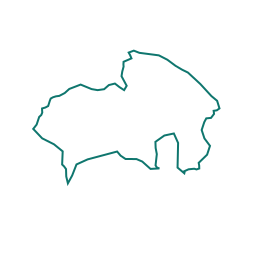 outline of Nuvara Ĕliya, rotated 215°
{"feature_id": "LKA-2450", "entity_name": "Nuvara Ĕliya", "entity_type": "District", "adm_level": 1, "iso_a3": "LKA", "parent_name": "Sri Lanka", "parent_adm1": "", "projection": "orthographic", "projection_center": [80.707, 7.013], "detail": "fine", "context": "isolated", "style": "outline", "palette": "teal", "viewbox_px": 256, "rotation_deg": 215, "n_neighbors": 0, "source": "natural_earth", "source_scale": "10m", "svg_char_len": 1204}
<svg xmlns="http://www.w3.org/2000/svg" viewBox="0 0 256 256"><g transform="rotate(215 128 128)"><path d="M110.7,207.8L93.9,205.5L78.0,202.0L70.6,201.4L64.3,196.5L65.4,193.4L67.7,191.2L65.6,188.9L65.8,183.9L69.4,180.8L68.9,176.6L66.5,168.6L59.4,163.3L50.6,160.4L47.9,151.5L50.1,140.0L48.1,138.0L46.4,135.7L48.1,133.4L50.4,132.6L54.7,128.9L57.3,124.5L56.3,124.2L55.9,123.2L64.7,124.0L78.4,144.5L87.3,149.8L93.9,142.7L97.6,132.4L93.9,127.5L89.4,123.1L84.0,113.2L81.6,112.2L79.1,112.9L86.1,107.4L97.1,108.7L103.3,107.4L112.2,101.2L118.2,101.1L123.4,102.5L143.1,79.1L149.3,68.6L146.5,57.1L145.5,48.2L150.8,52.9L155.2,58.8L158.4,59.9L161.0,60.3L168.1,71.4L179.3,72.2L192.4,70.3L205.1,72.9L204.8,78.4L207.1,86.1L206.5,88.9L207.1,91.5L208.5,93.2L209.6,94.7L207.5,97.3L206.0,100.2L207.7,105.6L208.2,107.8L207.1,110.1L205.2,112.6L202.7,114.9L199.9,120.3L198.5,126.3L191.7,136.4L180.1,139.0L174.6,141.6L169.8,146.1L168.3,152.2L164.2,156.9L158.4,156.6L152.9,156.8L153.3,161.8L163.0,166.7L165.1,171.0L166.8,175.7L168.3,177.6L169.6,179.7L165.1,187.0L167.9,188.8L170.7,190.2L167.6,194.7L161.8,196.1L144.4,205.2L134.9,206.5L124.7,206.2L117.1,206.8L110.7,207.8Z" fill="none" stroke="#0f766e" stroke-width="2"/></g></svg>